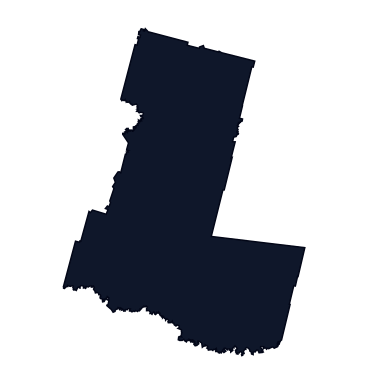 Murrumbidgee, New South Wales, Australia, rotated 186°
{"feature_id": "25037944B53831779764710", "entity_name": "Murrumbidgee", "entity_type": "district", "adm_level": 2, "iso_a3": "AUS", "parent_name": "Australia", "parent_adm1": "New South Wales", "projection": "albers", "projection_center": [145.821, -35.012], "detail": "fine", "context": "isolated", "style": "filled", "palette": "ink", "viewbox_px": 384, "rotation_deg": 186, "n_neighbors": 0, "source": "geoboundaries", "source_scale": "gbopen_adm2", "svg_char_len": 5832}
<svg xmlns="http://www.w3.org/2000/svg" viewBox="0 0 384 384"><g transform="rotate(186 192 192)"><path d="M259.6,349.0L260.9,345.8L261.6,345.9L261.6,342.9L259.6,342.6L259.9,340.4L262.0,340.8L262.3,338.9L261.1,338.7L262.0,332.3L264.0,332.6L272.5,276.9L271.3,275.5L270.6,276.4L269.5,275.9L268.3,277.0L268.1,275.9L267.3,276.0L266.8,274.6L266.2,275.2L265.9,274.6L264.8,274.5L263.6,275.6L263.0,273.9L261.9,273.0L261.0,273.0L260.5,272.1L256.5,273.7L254.9,271.8L255.6,270.9L254.8,270.5L255.2,269.4L254.7,269.2L254.9,268.6L254.3,267.8L255.1,267.7L254.6,267.3L255.2,266.5L254.3,266.6L252.8,265.2L251.6,265.9L249.1,265.9L248.5,264.8L249.1,263.0L251.3,262.7L250.7,261.7L249.8,262.0L248.6,260.7L249.7,260.1L249.1,259.8L250.3,259.5L249.7,257.8L250.8,258.2L250.7,257.6L250.1,257.4L250.7,256.7L252.7,257.9L252.5,257.0L252.8,256.6L251.9,256.0L251.9,255.3L252.5,255.6L252.8,253.0L253.5,253.7L253.8,252.6L254.7,252.1L254.3,250.1L254.9,249.7L255.9,251.0L257.1,250.6L256.9,248.9L255.7,248.2L257.0,246.2L257.4,246.2L257.2,247.3L258.4,247.3L259.4,246.5L259.4,247.1L260.5,247.1L260.2,246.4L261.4,245.8L262.0,246.8L262.1,248.5L263.5,248.4L264.6,247.1L262.6,245.6L262.5,244.3L264.6,245.1L265.2,244.6L264.5,244.4L264.8,243.9L264.5,242.9L265.2,242.5L265.5,242.9L267.0,243.0L266.9,242.1L260.3,234.2L261.4,227.5L259.9,226.8L260.7,226.7L261.3,226.0L259.8,225.7L259.6,225.1L260.6,225.0L261.4,224.0L261.2,222.5L262.2,222.5L264.9,203.6L266.4,204.5L267.7,204.2L271.2,197.7L269.2,193.6L271.5,189.1L270.0,187.3L272.8,174.5L271.9,172.8L273.0,168.9L273.6,168.5L274.7,169.2L276.4,166.5L273.7,165.8L275.0,160.9L289.1,163.6L290.9,160.9L292.4,161.9L297.4,131.6L298.3,131.7L298.6,130.3L302.7,130.9L310.0,84.3L309.4,84.2L309.6,82.9L308.8,82.7L306.8,85.0L305.8,85.0L305.9,86.1L303.3,85.4L300.9,86.4L300.2,85.7L300.5,84.5L299.8,83.8L299.9,82.6L299.2,82.1L298.2,82.6L296.8,82.0L295.6,85.3L294.3,85.7L293.9,84.8L293.3,84.8L293.5,86.2L292.7,87.3L290.1,87.2L289.9,85.2L288.8,85.6L287.9,85.0L287.4,85.6L288.1,86.5L287.5,87.1L285.2,86.7L283.7,87.9L282.3,88.1L282.3,87.0L281.8,86.9L280.1,87.4L280.7,88.0L280.3,88.3L279.1,86.8L279.8,85.1L277.6,82.5L277.7,81.7L277.1,81.5L276.3,82.3L274.4,81.7L273.9,80.1L272.5,80.2L271.8,78.8L272.5,78.0L272.2,76.8L271.3,76.3L270.4,76.6L269.9,75.8L268.1,76.2L268.3,75.2L269.7,74.7L269.4,73.4L267.9,73.9L266.6,77.0L265.6,76.3L265.3,79.1L263.6,78.0L263.6,76.4L264.6,76.1L263.3,75.1L263.8,70.6L264.6,70.8L264.8,70.1L259.9,66.7L257.9,64.2L256.1,65.2L256.2,66.0L255.2,67.4L253.6,68.0L253.5,69.4L252.2,69.0L251.7,67.5L250.9,68.0L251.0,69.3L249.0,68.5L249.5,67.3L248.4,67.8L247.5,66.4L246.0,66.7L246.3,67.7L246.0,68.1L244.0,68.2L243.5,69.2L242.7,69.4L241.1,69.2L241.8,67.8L241.7,67.1L240.4,67.3L239.7,66.6L238.5,66.8L237.8,67.6L236.4,67.2L235.6,68.2L233.6,67.5L233.0,68.5L231.9,68.3L231.2,69.3L231.5,70.1L230.4,70.3L229.2,72.3L228.0,72.6L227.9,73.4L226.6,72.9L225.7,73.9L224.3,73.0L225.0,71.5L224.8,69.2L222.3,69.6L220.9,68.1L221.1,66.8L220.0,67.0L219.0,66.2L217.6,68.9L216.8,68.4L216.3,66.7L215.5,66.3L214.9,66.9L214.7,68.6L213.6,68.0L212.8,69.4L212.3,68.8L212.3,68.0L211.3,68.0L211.4,66.9L210.5,65.8L209.7,65.7L209.3,64.9L208.7,65.8L208.1,65.5L208.0,63.9L207.2,65.0L206.2,63.5L205.0,63.1L204.8,61.8L203.6,63.4L201.7,61.8L202.4,60.6L201.9,59.5L199.7,59.8L198.1,61.5L197.9,59.8L196.4,59.7L195.9,58.2L194.2,57.1L193.5,57.3L193.5,58.1L193.0,58.3L190.8,57.5L190.5,55.9L191.7,54.9L188.1,53.9L187.9,51.6L187.3,51.0L187.7,50.0L187.6,48.4L188.1,47.7L187.3,46.9L189.6,46.9L190.1,46.4L190.2,43.6L188.7,43.1L186.2,43.4L184.8,44.7L183.8,43.3L182.7,43.6L182.8,42.8L181.9,42.3L181.0,44.1L179.5,44.0L179.6,45.2L178.6,44.9L177.5,42.8L176.3,44.2L177.0,44.8L176.0,45.0L175.4,43.6L175.7,42.8L174.6,42.9L174.5,44.1L173.6,43.4L174.1,42.7L173.1,41.8L174.0,41.7L174.3,40.9L172.8,39.4L172.3,40.0L171.3,39.8L169.4,41.8L169.9,42.9L170.7,43.0L170.6,44.4L169.5,44.4L166.6,42.9L165.5,38.7L164.4,39.8L162.5,40.4L162.8,41.4L160.2,40.1L160.2,39.3L160.9,38.3L159.7,37.7L159.2,36.5L156.1,37.3L154.7,36.6L154.1,37.7L152.9,37.7L152.3,38.4L151.8,37.8L151.4,38.7L151.1,38.0L151.9,36.3L151.7,35.8L149.8,36.2L149.0,35.0L147.9,34.8L147.8,35.8L146.7,36.0L146.7,35.2L146.1,35.0L145.2,37.2L143.5,35.7L141.8,37.2L143.7,39.1L144.4,38.8L143.9,39.8L142.6,40.2L141.3,39.3L140.4,39.4L140.3,38.9L139.7,39.7L138.1,39.8L138.2,38.7L137.0,39.1L136.7,36.9L134.8,38.8L135.6,40.5L134.8,41.4L133.9,41.4L134.1,42.2L133.2,43.6L130.5,40.9L132.2,39.1L131.5,38.5L131.9,37.5L131.0,36.6L130.9,35.8L129.4,35.6L129.5,36.7L128.1,37.0L127.5,38.2L126.6,38.5L125.2,37.0L125.8,35.6L125.4,34.5L124.5,34.9L124.5,36.1L123.3,36.8L124.3,39.3L122.7,41.2L122.1,41.2L122.5,42.1L121.2,43.2L119.4,42.4L118.2,41.2L117.8,39.8L116.5,39.3L115.8,37.1L114.2,36.7L114.5,39.0L113.2,39.7L112.5,39.5L111.2,41.6L109.9,41.6L108.5,39.1L106.7,39.5L106.3,41.1L105.6,41.0L105.3,39.8L104.4,40.3L105.2,41.2L105.0,42.5L107.6,44.1L107.6,45.4L104.5,45.6L104.5,44.0L102.4,44.7L101.5,43.5L100.7,44.4L99.3,44.2L96.1,46.2L95.4,46.3L93.9,45.3L90.8,47.1L90.7,48.0L89.8,48.3L90.9,48.5L90.1,49.2L91.1,49.4L91.3,50.1L89.3,50.1L89.2,51.5L91.0,51.0L91.0,51.6L90.5,52.2L88.7,52.3L88.2,53.7L87.5,54.1L82.7,90.4L83.5,90.5L81.0,109.5L79.4,109.3L78.2,119.1L77.7,119.0L74.0,148.4L168.2,149.8L161.5,197.2L160.2,197.4L155.7,230.4L156.7,229.7L154.3,246.4L156.9,246.2L156.3,250.9L153.9,251.8L153.2,253.7L152.4,254.1L152.9,254.7L152.1,255.0L152.6,255.7L152.5,256.5L153.5,256.2L153.6,256.8L152.7,258.8L153.3,259.4L153.6,261.2L152.6,262.2L153.8,262.9L153.1,263.8L153.5,264.4L152.3,265.0L152.9,266.0L151.1,266.3L151.1,267.6L149.8,267.5L149.5,267.9L149.4,269.9L152.5,270.3L150.8,283.2L151.0,283.8L145.6,322.8L144.2,322.6L143.3,328.7L177.1,333.6L179.8,334.8L180.1,334.0L194.8,336.2L196.0,338.8L199.7,337.0L199.7,335.6L212.1,337.4L211.7,340.5L251.2,346.6L251.6,346.2L255.5,349.5L256.0,347.1L257.3,347.3L257.1,348.6L259.6,349.0Z" fill="#0f172a" stroke="#020617" stroke-width="1.5"/></g></svg>